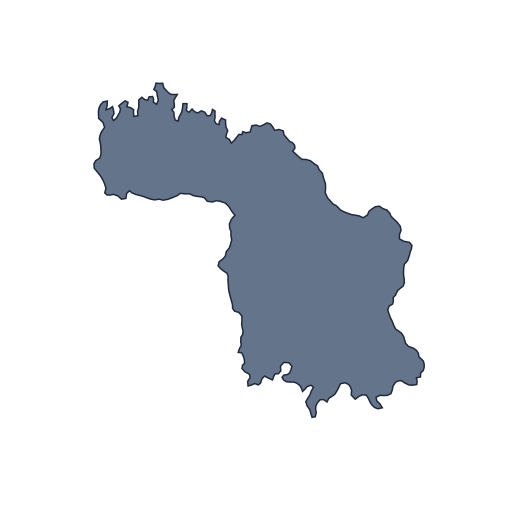 Baldim, Minas Gerais, Brazil, rotated 287°
{"feature_id": "56859067B61909970390541", "entity_name": "Baldim", "entity_type": "district", "adm_level": 2, "iso_a3": "BRA", "parent_name": "Brazil", "parent_adm1": "Minas Gerais", "projection": "albers", "projection_center": [-43.86, -19.246], "detail": "fine", "context": "isolated", "style": "filled", "palette": "slate", "viewbox_px": 512, "rotation_deg": 287, "n_neighbors": 0, "source": "geoboundaries", "source_scale": "gbopen_adm2", "svg_char_len": 4919}
<svg xmlns="http://www.w3.org/2000/svg" viewBox="0 0 512 512"><g transform="rotate(287 256 256)"><path d="M358.7,64.7L355.3,63.1L351.5,62.6L348.7,62.9L345.5,63.9L341.5,65.4L338.9,70.7L334.7,73.6L329.7,71.9L325.8,71.6L322.1,72.0L318.1,74.3L315.1,75.6L311.5,76.9L308.1,78.0L304.1,78.0L300.2,74.8L296.8,74.1L292.7,75.6L289.9,79.8L287.1,83.9L283.9,87.4L280.8,90.1L276.9,92.7L272.2,92.9L270.8,95.5L271.6,98.6L273.3,101.7L273.0,106.6L271.0,110.7L273.0,114.7L277.9,114.0L281.4,115.9L280.2,118.7L279.7,122.8L279.9,127.3L280.0,130.8L279.7,134.6L279.6,138.5L280.0,142.5L282.1,147.0L282.2,150.8L284.4,155.1L287.7,159.4L290.9,163.2L293.8,165.3L294.7,170.0L296.0,174.4L295.4,178.8L296.0,183.4L296.6,186.4L296.6,189.6L294.1,193.4L294.9,198.6L297.3,201.8L297.8,205.8L297.7,210.9L296.3,214.0L294.6,216.6L292.6,218.7L290.7,221.1L288.9,224.0L286.0,222.6L283.2,221.6L278.8,221.2L274.9,222.7L272.0,225.0L268.8,225.8L264.1,228.1L259.7,228.2L255.7,228.1L251.6,226.3L246.6,226.7L243.3,225.0L239.6,222.4L235.6,222.6L233.6,225.7L232.4,228.9L231.0,233.3L228.2,235.4L224.7,236.2L219.9,238.1L215.7,239.7L212.2,241.7L208.7,243.8L205.1,246.2L202.2,247.9L199.1,248.9L197.0,251.5L197.0,256.2L194.3,260.1L190.0,261.5L186.3,262.3L183.4,263.8L180.4,265.6L177.2,266.2L174.0,265.3L169.8,266.4L166.2,268.0L162.1,267.2L158.6,267.2L159.2,270.7L156.8,272.9L153.8,275.0L150.0,276.5L147.6,275.0L144.3,275.5L141.9,279.5L141.1,284.1L138.2,285.9L133.6,284.7L129.4,286.4L131.3,289.5L133.6,291.9L133.4,295.9L135.8,297.5L140.1,297.5L143.7,299.2L142.7,304.2L142.3,308.0L145.6,308.1L148.7,308.6L150.0,311.8L153.3,313.3L157.8,311.6L162.4,313.8L163.5,318.6L161.2,322.5L157.6,322.7L154.0,322.4L151.6,320.4L150.3,317.4L147.6,316.4L145.6,318.5L144.6,321.6L145.5,325.9L146.6,329.2L146.2,332.6L144.7,336.2L142.5,338.4L140.1,340.1L142.8,341.7L145.9,343.0L148.5,346.2L147.4,349.3L143.1,348.4L139.1,348.2L136.1,347.4L131.3,346.2L127.6,348.7L124.7,352.4L121.6,354.4L118.1,356.8L119.6,359.7L123.9,359.4L126.9,357.8L130.0,357.1L133.7,357.7L137.4,359.4L138.4,362.8L137.2,366.6L141.1,367.2L144.4,370.0L147.0,371.9L150.1,372.7L153.9,373.5L158.6,374.1L160.8,378.3L160.2,382.2L158.0,385.0L155.2,386.8L150.9,387.7L148.1,392.8L152.2,395.8L154.4,398.5L155.2,402.2L152.5,405.3L149.5,407.9L147.6,410.2L145.8,413.6L145.5,417.1L147.8,421.2L151.0,417.5L152.7,413.9L156.1,412.1L159.1,415.5L159.9,418.9L161.1,422.3L163.9,425.3L167.8,425.5L171.4,425.0L175.9,426.3L178.1,428.5L179.3,431.5L178.0,435.6L177.4,440.1L178.3,443.7L180.1,447.3L183.0,446.8L186.4,445.0L188.5,448.7L192.2,447.6L195.3,449.4L198.5,449.4L201.4,448.6L204.4,446.8L205.8,444.2L207.2,441.3L210.5,439.7L212.7,437.0L214.0,433.0L214.0,428.4L216.4,424.4L219.3,422.6L222.1,420.8L224.8,417.6L226.0,414.2L227.0,410.8L229.8,408.2L233.2,405.5L236.6,402.3L239.8,399.9L242.8,397.8L246.9,397.9L250.0,400.7L253.3,400.5L256.4,399.3L259.2,400.8L264.2,401.5L267.6,403.6L270.1,405.5L273.8,405.7L277.6,404.3L281.9,402.3L286.8,401.0L291.3,400.2L295.9,402.3L301.3,402.5L305.1,402.3L308.1,402.6L311.8,402.0L313.9,398.8L313.3,392.9L314.3,388.2L318.4,386.9L322.9,387.2L326.6,385.3L329.8,380.8L331.9,376.3L333.7,373.3L336.0,371.5L338.2,367.9L338.4,363.6L339.7,359.3L337.9,355.6L334.6,352.9L331.8,351.0L327.8,350.6L323.9,347.3L324.5,342.8L324.1,339.2L323.5,335.4L323.7,331.3L324.0,327.1L324.7,323.2L326.4,320.4L327.7,317.7L328.1,314.7L329.9,311.8L332.4,307.5L336.8,303.7L341.3,302.7L345.4,301.3L349.7,298.2L354.5,295.3L356.9,291.2L360.1,288.6L361.4,284.4L362.9,280.5L363.0,276.1L361.9,271.7L362.9,268.9L364.7,265.2L366.9,260.5L370.5,261.7L373.2,260.5L375.0,257.8L375.4,254.7L377.2,251.9L380.1,247.3L383.6,245.5L383.7,240.9L381.6,237.2L384.4,234.2L386.4,231.3L386.5,227.6L383.1,224.3L381.0,221.6L381.3,217.9L379.4,214.0L375.8,214.1L372.8,214.1L371.0,210.4L371.0,207.0L368.0,207.0L367.3,204.1L363.8,202.8L360.1,201.4L356.8,199.4L359.7,196.4L360.7,192.4L364.0,192.1L367.6,192.3L370.3,189.8L373.7,188.2L377.2,187.1L377.8,182.7L373.8,181.6L370.9,182.3L370.8,179.2L373.1,176.7L376.6,176.3L379.8,175.2L382.7,174.4L383.4,171.5L379.8,171.8L376.9,171.1L375.8,168.2L378.5,165.0L378.9,161.4L375.8,158.5L376.0,155.0L377.9,151.9L373.8,149.9L374.8,146.8L377.8,146.4L381.5,145.4L380.4,141.6L375.5,142.6L371.8,142.9L369.1,142.3L365.9,141.7L362.2,142.1L362.4,138.9L366.0,136.7L369.5,135.4L371.4,132.7L374.3,134.4L377.9,133.2L380.5,131.9L384.1,132.6L387.5,133.5L386.4,130.3L385.7,127.0L387.1,123.4L390.0,118.6L393.9,116.3L392.7,112.9L392.1,109.8L388.4,110.0L385.4,109.6L384.1,113.1L380.6,114.7L376.3,117.1L372.0,116.5L373.1,112.9L375.9,112.3L378.3,110.5L376.9,107.2L373.2,106.9L373.1,103.9L374.4,100.4L371.0,98.3L366.6,99.6L363.9,100.4L359.9,100.4L355.6,102.0L353.8,98.3L357.1,97.0L360.1,96.2L361.2,92.9L361.0,88.9L365.6,88.7L366.1,85.4L362.2,82.6L359.5,80.9L357.0,83.4L353.6,83.7L350.7,83.0L347.2,82.2L343.8,80.1L346.3,77.7L350.7,78.6L353.9,77.0L356.9,75.1L354.0,72.7L352.0,69.9L356.7,69.6L360.7,68.5L358.7,64.7Z" fill="#64748b" stroke="#1e293b" stroke-width="1.5"/></g></svg>